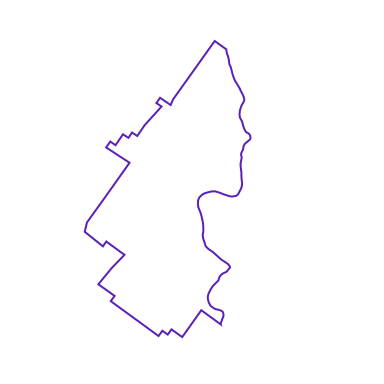 outline of Washington, Ohio, United States of America, rotated 303°
{"feature_id": "52423323B97388910931036", "entity_name": "Washington", "entity_type": "district", "adm_level": 2, "iso_a3": "USA", "parent_name": "United States of America", "parent_adm1": "Ohio", "projection": "equal_earth", "projection_center": [-81.437, 39.431], "detail": "fine", "context": "isolated", "style": "outline", "palette": "violet", "viewbox_px": 384, "rotation_deg": 303, "n_neighbors": 0, "source": "geoboundaries", "source_scale": "gbopen_adm2", "svg_char_len": 1865}
<svg xmlns="http://www.w3.org/2000/svg" viewBox="0 0 384 384"><g transform="rotate(303 192 192)"><path d="M96.6,288.3L97.0,287.9L98.8,287.4L101.3,286.7L105.0,286.0L107.2,284.5L107.9,283.5L108.3,282.8L108.4,281.8L108.0,279.2L106.8,276.1L106.5,274.7L106.4,273.5L106.6,269.8L108.0,267.0L108.9,265.7L110.9,263.6L112.7,262.3L115.5,261.3L120.3,260.7L124.7,260.7L132.1,262.3L134.7,261.6L136.5,261.3L138.3,261.5L141.0,262.5L143.3,264.1L144.3,264.5L149.5,265.0L150.5,263.7L151.2,261.2L151.3,253.3L153.0,242.5L153.2,236.7L153.9,233.2L159.0,226.8L161.7,224.4L165.2,222.9L168.9,220.5L172.4,217.7L177.2,212.9L179.3,210.4L182.6,205.7L184.4,204.1L188.4,201.6L191.7,201.1L195.4,202.0L197.8,203.3L200.5,205.6L201.5,206.6L203.2,208.2L205.2,211.1L206.6,216.1L207.2,219.5L208.9,225.6L209.6,227.4L210.5,228.7L212.8,231.1L214.4,231.7L215.7,231.9L217.3,231.7L222.2,231.2L225.4,230.0L227.0,229.0L229.4,226.9L232.6,224.5L234.9,223.1L239.9,218.9L242.4,217.2L247.9,215.0L249.8,213.0L251.5,212.1L255.2,211.7L258.9,210.2L261.3,210.1L267.5,212.0L268.3,211.9L269.7,211.3L271.1,209.9L271.6,208.9L271.9,207.0L271.7,204.8L271.9,204.2L272.8,202.5L273.8,200.9L275.4,198.9L278.7,195.2L280.3,192.0L281.6,190.7L282.4,190.0L285.5,188.2L288.0,187.3L291.7,186.4L296.6,186.2L297.8,185.6L298.5,185.0L299.8,183.7L301.1,181.9L302.2,179.9L304.4,176.1L304.6,176.1L309.2,166.7L312.4,162.4L317.7,156.7L319.5,153.8L323.0,150.8L325.8,147.9L326.5,146.7L328.2,144.8L330.3,143.1L331.0,128.8L259.6,125.7L253.3,126.7L253.6,113.9L247.2,113.7L247.1,119.9L222.3,115.9L209.2,115.6L209.2,109.3L202.8,109.2L202.8,102.7L189.6,102.4L189.8,96.0L182.6,95.7L182.5,123.7L143.5,122.1L109.3,120.5L100.2,123.7L97.9,146.9L103.8,147.1L102.7,165.8L102.6,169.6L84.7,166.1L63.6,163.7L62.7,183.7L56.2,183.3L53.0,242.4L59.5,242.7L59.2,249.3L65.6,249.6L65.0,262.8L97.9,264.2L96.6,288.3Z" fill="none" stroke="#5b21b6" stroke-width="2"/></g></svg>